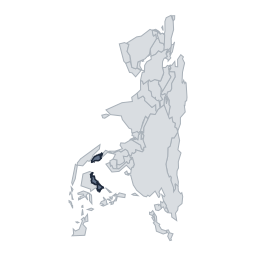 where Malaysia sits in Asia, rotated 90°
{"feature_id": "MYS", "entity_name": "Malaysia", "entity_type": "country or territory", "adm_level": 0, "iso_a3": "MYS", "parent_name": "Asia", "parent_adm1": "", "projection": "albers", "projection_center": [110.864, 4.107], "detail": "fine", "context": "in_parent", "style": "filled", "palette": "slate", "viewbox_px": 256, "rotation_deg": 90, "n_neighbors": 45, "source": "natural_earth", "source_scale": "50m", "svg_char_len": 16583}
<svg xmlns="http://www.w3.org/2000/svg" viewBox="0 0 256 256"><g transform="rotate(90 128 128)"><path d="M131.3,78.3L128.3,79.3L127.1,81.3L123.3,80.7L121.9,83.2L117.2,84.0L118.8,86.6L117.6,87.8L106.3,85.9L104.8,87.1L100.5,86.6L95.5,89.5L92.0,88.5L91.0,85.6L88.8,84.4L83.3,84.4L76.9,80.9L72.0,81.4L71.7,87.0L68.3,85.2L65.2,85.8L65.4,84.3L61.4,81.2L66.6,80.7L66.8,78.3L59.4,78.4L54.7,75.2L56.9,72.6L58.8,73.5L63.0,71.4L72.2,73.5L82.7,74.0L83.2,73.4L80.2,72.3L83.5,71.2L82.2,70.3L83.1,69.9L97.4,69.0L100.8,69.4L101.3,70.7L105.6,71.1L105.4,71.7L112.0,70.8L117.6,75.6L123.9,75.6L131.3,78.3Z" fill="#d9dde1" stroke="#a8b0b8" stroke-width="1"/><path d="M71.7,87.0L72.0,81.4L76.9,80.9L83.3,84.4L88.8,84.4L91.0,85.6L92.0,88.5L94.8,89.4L100.1,87.2L99.0,88.3L103.9,89.6L101.4,90.6L99.2,90.4L99.4,89.2L96.9,89.4L95.3,91.2L93.7,91.1L94.9,93.5L93.7,95.0L76.9,85.1L73.8,87.1L71.7,87.0Z" fill="#d9dde1" stroke="#a8b0b8" stroke-width="1"/><path d="M235.3,171.2L235.8,183.9L234.0,182.4L228.9,182.8L231.0,180.6L229.3,176.9L220.7,173.5L219.4,174.7L217.4,172.2L220.7,170.9L217.8,171.0L214.3,168.5L221.2,168.1L222.2,171.9L224.3,173.1L228.1,169.7L235.3,171.2ZM203.6,184.3L202.6,186.8L200.6,187.0L201.6,185.1L203.6,184.3ZM222.0,180.0L221.8,178.6L222.5,177.2L223.0,178.7L222.0,180.0ZM189.2,158.9L188.0,160.7L191.4,165.3L189.1,165.6L185.8,175.0L174.0,173.0L171.5,166.3L172.9,163.2L174.6,165.6L181.1,164.8L182.7,164.3L185.2,158.6L189.2,158.9ZM209.2,173.5L214.4,172.8L215.1,174.3L209.2,173.5ZM207.2,174.3L205.8,174.0L205.4,173.2L207.4,173.0L207.2,174.3ZM209.1,162.5L210.6,164.5L209.5,168.6L208.1,164.8L209.1,162.5ZM195.2,164.5L203.8,164.1L200.7,166.5L193.8,166.6L193.5,168.1L195.3,169.8L200.1,168.2L196.5,170.8L199.9,177.5L198.0,177.4L199.0,175.8L196.5,176.0L195.4,172.2L194.1,172.8L194.4,177.9L193.2,178.2L191.0,172.6L193.1,166.8L195.2,164.5ZM195.2,186.5L191.6,185.8L193.4,185.4L195.2,186.5ZM193.5,184.3L197.6,183.6L199.4,182.9L199.2,183.9L193.5,184.3ZM189.4,183.0L191.9,184.1L187.1,184.8L189.4,183.0ZM165.7,178.7L178.8,180.8L185.0,183.5L182.7,184.3L164.3,180.6L165.7,178.7ZM160.6,168.5L165.8,173.2L165.2,178.6L163.0,178.7L158.8,175.4L144.6,156.0L148.9,156.6L155.1,162.9L158.7,164.3L161.4,166.9L160.6,168.5Z" fill="#d9dde1" stroke="#a8b0b8" stroke-width="1"/><path d="M203.9,185.3L205.5,183.4L208.3,183.3L203.9,185.3Z" fill="#d9dde1" stroke="#a8b0b8" stroke-width="1"/><path d="M32.6,97.1L30.7,99.4L30.2,103.5L29.3,100.3L31.2,97.3L32.6,97.1Z" fill="#d9dde1" stroke="#a8b0b8" stroke-width="1"/><path d="M34.2,95.6L31.2,97.3L34.0,94.9L34.2,95.6Z" fill="#d9dde1" stroke="#a8b0b8" stroke-width="1"/><path d="M31.9,98.5L30.6,100.2L31.2,98.2L31.9,98.5Z" fill="#d9dde1" stroke="#a8b0b8" stroke-width="1"/><path d="M31.9,98.5L38.2,97.4L38.8,99.6L34.5,100.3L36.3,102.3L32.4,104.2L30.2,103.5L31.9,98.5Z" fill="#d9dde1" stroke="#a8b0b8" stroke-width="1"/><path d="M61.3,115.7L65.9,116.3L70.5,113.7L67.6,119.5L61.9,118.1L61.3,115.7Z" fill="#d9dde1" stroke="#a8b0b8" stroke-width="1"/><path d="M59.9,114.7L59.8,113.3L61.0,112.3L61.5,113.9L59.9,114.7Z" fill="#d9dde1" stroke="#a8b0b8" stroke-width="1"/><path d="M53.9,104.6L55.8,107.4L52.4,106.2L53.9,104.6Z" fill="#d9dde1" stroke="#a8b0b8" stroke-width="1"/><path d="M38.8,99.6L38.2,97.4L42.6,96.0L43.4,92.8L46.4,91.4L50.1,92.0L52.4,94.7L50.9,97.5L54.3,100.4L56.3,105.0L48.8,105.7L38.8,99.6Z" fill="#d9dde1" stroke="#a8b0b8" stroke-width="1"/><path d="M68.0,119.1L70.6,115.1L76.8,120.4L72.8,124.1L72.4,126.5L63.2,130.3L61.4,125.7L67.3,124.2L68.8,120.5L68.0,119.1ZM71.0,112.6L70.1,113.0L70.7,112.4L71.0,112.6Z" fill="#d9dde1" stroke="#a8b0b8" stroke-width="1"/><path d="M159.1,143.0L160.0,139.0L165.9,139.7L166.8,138.4L169.0,140.4L168.7,142.8L165.4,144.3L166.3,145.5L160.9,146.1L159.1,143.0Z" fill="#d9dde1" stroke="#a8b0b8" stroke-width="1"/><path d="M164.3,139.0L160.0,139.0L159.1,143.0L154.3,140.5L152.5,148.7L158.1,154.8L156.2,155.8L150.3,150.4L153.3,143.5L150.6,137.1L152.0,135.1L149.2,130.7L150.9,128.3L154.5,127.0L156.7,128.9L156.3,132.6L160.4,131.1L163.4,132.8L165.0,136.4L164.3,139.0Z" fill="#d9dde1" stroke="#a8b0b8" stroke-width="1"/><path d="M168.5,139.1L164.3,139.0L165.0,136.4L161.9,131.3L156.3,132.6L156.7,128.9L154.5,127.0L157.8,125.6L157.5,123.5L160.5,126.4L162.9,126.5L163.6,128.1L161.8,129.3L168.4,135.8L168.5,139.1Z" fill="#d9dde1" stroke="#a8b0b8" stroke-width="1"/><path d="M154.5,127.0L150.9,128.3L149.2,130.7L152.0,135.1L150.6,137.1L153.3,143.5L151.2,147.3L151.2,141.1L148.7,133.6L145.2,135.9L142.9,135.2L143.2,131.0L139.5,124.7L145.1,115.4L149.0,114.5L149.4,112.4L151.9,113.8L149.8,120.4L151.8,120.1L153.5,122.2L152.9,123.8L156.5,124.3L154.5,127.0Z" fill="#d9dde1" stroke="#a8b0b8" stroke-width="1"/><path d="M162.5,146.4L166.3,145.5L165.4,144.3L168.7,142.8L168.9,137.2L161.8,129.3L163.6,128.1L162.9,126.5L160.5,126.4L158.5,123.2L164.6,121.6L169.9,125.0L165.2,129.7L171.4,137.0L172.0,144.1L164.1,150.1L162.5,146.4Z" fill="#d9dde1" stroke="#a8b0b8" stroke-width="1"/><path d="M212.6,88.4L210.9,90.8L206.8,92.7L208.1,94.9L201.5,95.4L202.8,93.3L200.6,92.5L202.2,91.5L205.5,89.5L208.0,90.0L207.7,89.1L211.4,87.5L212.6,88.4Z" fill="#d9dde1" stroke="#a8b0b8" stroke-width="1"/><path d="M204.3,96.0L208.4,94.5L210.6,97.4L210.0,100.3L205.0,101.6L204.2,97.7L205.6,97.4L204.3,96.0Z" fill="#d9dde1" stroke="#a8b0b8" stroke-width="1"/><path d="M132.0,78.2L140.4,76.4L149.8,78.1L152.9,75.0L161.8,77.7L167.9,77.5L170.8,78.9L174.9,79.1L181.9,77.6L186.2,78.0L184.5,81.0L188.8,80.5L192.0,81.9L180.2,85.2L177.2,84.8L176.2,85.8L177.1,86.8L174.5,88.1L164.2,90.1L156.4,88.3L147.9,88.1L146.0,85.8L137.8,84.1L137.9,81.8L132.0,78.2Z" fill="#d9dde1" stroke="#a8b0b8" stroke-width="1"/><path d="M149.4,112.4L149.0,114.5L145.1,115.4L140.2,123.7L139.2,120.7L138.4,121.9L137.3,120.9L139.7,118.2L135.0,117.5L132.5,115.3L131.8,116.5L133.1,117.5L131.5,118.9L132.6,119.4L132.9,124.2L129.2,124.4L128.2,126.9L119.6,133.6L115.9,134.7L114.6,145.5L109.9,150.0L102.7,134.0L101.5,123.6L97.3,124.3L93.1,118.8L98.7,117.8L96.0,113.0L98.2,111.2L100.4,111.4L107.4,104.0L104.7,100.3L110.7,100.0L112.6,98.7L114.5,100.8L114.0,105.6L118.4,108.1L116.4,110.5L122.5,113.3L131.5,115.3L132.9,112.3L133.0,114.1L134.8,114.9L139.2,114.8L138.6,113.1L147.1,110.2L147.3,112.1L149.4,112.4Z" fill="#d9dde1" stroke="#a8b0b8" stroke-width="1"/><path d="M139.2,120.7L139.5,126.3L137.8,122.3L136.0,122.1L135.6,124.0L133.2,123.5L131.5,118.9L133.1,117.5L131.8,116.5L132.5,115.3L135.0,117.5L139.7,118.2L137.3,120.9L138.4,121.9L139.2,120.7Z" fill="#d9dde1" stroke="#a8b0b8" stroke-width="1"/><path d="M138.6,113.1L139.2,114.8L133.0,114.1L135.4,112.0L138.6,113.1Z" fill="#d9dde1" stroke="#a8b0b8" stroke-width="1"/><path d="M131.7,112.7L131.5,115.3L129.9,115.3L116.4,110.5L119.2,107.7L127.3,112.0L131.7,112.7Z" fill="#d9dde1" stroke="#a8b0b8" stroke-width="1"/><path d="M112.6,98.7L110.7,100.0L104.7,100.3L107.4,104.0L100.4,111.4L98.2,111.2L96.0,113.0L98.7,117.8L93.1,118.8L89.8,115.4L80.4,115.5L81.3,113.4L84.1,112.6L79.8,106.8L82.9,107.9L90.2,107.3L91.5,104.9L96.1,104.1L101.3,96.5L107.6,95.8L109.5,97.9L112.6,98.7Z" fill="#d9dde1" stroke="#a8b0b8" stroke-width="1"/><path d="M87.9,94.8L96.3,95.2L99.5,93.2L101.3,96.1L104.0,95.0L107.6,95.8L100.1,97.2L100.7,98.7L99.2,100.6L97.4,100.5L98.1,101.7L96.1,104.1L91.5,104.9L90.2,107.3L82.9,107.9L79.8,106.8L81.6,105.3L79.5,101.3L81.0,96.8L84.4,97.4L87.9,94.8Z" fill="#d9dde1" stroke="#a8b0b8" stroke-width="1"/><path d="M93.7,95.0L94.9,93.5L93.7,91.1L99.4,89.2L100.0,90.4L97.0,91.4L105.0,91.9L107.3,95.3L101.3,96.1L99.5,93.2L96.3,95.2L93.7,95.0Z" fill="#d9dde1" stroke="#a8b0b8" stroke-width="1"/><path d="M100.1,87.2L104.8,87.1L106.3,85.9L117.6,87.8L105.0,91.9L97.0,91.4L97.2,90.4L103.9,89.6L99.0,88.3L100.1,87.2Z" fill="#d9dde1" stroke="#a8b0b8" stroke-width="1"/><path d="M65.2,85.8L68.3,85.2L70.7,87.0L73.8,87.1L76.9,85.1L91.4,93.6L91.3,94.6L89.8,94.0L82.9,97.6L81.0,96.8L81.0,95.4L73.9,92.4L67.4,93.3L67.5,90.5L65.4,88.6L65.9,87.3L69.4,87.4L67.6,85.5L65.8,86.9L65.2,85.8Z" fill="#d9dde1" stroke="#a8b0b8" stroke-width="1"/><path d="M56.3,105.0L54.3,100.4L50.9,97.5L52.4,94.7L49.2,90.6L49.1,88.3L52.9,89.7L56.6,88.6L58.5,92.0L61.5,93.4L67.2,93.7L72.6,92.2L81.0,95.4L79.5,101.3L81.6,105.3L79.8,106.8L84.1,112.6L81.3,113.4L80.4,115.5L72.6,113.8L72.0,111.5L65.3,111.3L61.7,109.1L59.3,104.8L56.3,105.0Z" fill="#d9dde1" stroke="#a8b0b8" stroke-width="1"/><path d="M32.3,98.0L34.2,95.6L33.1,93.5L34.9,91.3L45.5,91.5L43.4,92.8L42.6,96.0L34.3,98.9L32.3,98.0Z" fill="#d9dde1" stroke="#a8b0b8" stroke-width="1"/><path d="M53.6,89.7L48.4,86.9L48.4,85.6L52.1,86.3L53.6,89.7Z" fill="#d9dde1" stroke="#a8b0b8" stroke-width="1"/><path d="M50.1,92.0L34.9,91.3L33.6,92.8L33.7,91.5L31.0,91.0L21.5,91.1L17.7,89.8L15.4,85.0L21.4,82.8L29.6,82.4L38.5,84.9L46.6,84.6L50.5,87.9L49.1,88.3L50.1,92.0ZM15.7,81.3L19.2,81.4L21.0,82.7L15.8,84.0L15.7,81.3Z" fill="#d9dde1" stroke="#a8b0b8" stroke-width="1"/><path d="M118.2,151.2L117.8,153.3L115.2,154.2L114.1,149.7L115.1,146.6L118.2,151.2Z" fill="#d9dde1" stroke="#a8b0b8" stroke-width="1"/><path d="M172.6,131.4L171.0,129.2L175.2,127.8L174.3,130.5L172.6,131.4ZM105.0,91.9L118.8,86.6L117.2,84.0L121.9,83.2L123.3,80.7L127.1,81.3L128.3,79.3L132.0,78.2L137.9,81.8L137.8,84.1L146.0,85.8L147.9,88.1L156.4,88.3L164.2,90.1L172.2,88.7L177.1,86.8L176.2,85.8L177.2,84.8L180.2,85.2L187.6,82.5L191.8,82.4L188.8,80.5L184.0,80.4L186.2,78.0L191.1,77.6L193.8,75.2L192.7,74.2L196.6,73.3L203.5,74.0L206.8,77.9L210.0,78.3L213.1,80.5L220.6,79.3L217.1,84.2L213.2,84.5L212.6,88.4L211.4,87.5L207.7,89.1L208.0,90.0L205.5,89.5L200.6,92.5L194.6,94.3L196.7,91.8L195.7,91.0L187.9,94.6L192.1,97.1L194.2,95.9L197.1,96.6L197.4,97.4L191.1,100.9L196.4,106.4L195.2,108.2L196.8,109.6L196.0,112.5L190.3,119.3L185.0,122.7L175.2,125.3L174.5,127.3L173.4,127.4L173.4,125.3L167.9,124.5L167.3,122.6L164.6,121.6L157.5,123.5L157.8,125.6L152.9,123.8L153.5,122.2L151.8,120.1L149.8,120.4L151.9,113.8L150.5,112.3L147.3,112.1L147.1,110.2L140.1,112.9L135.4,112.0L133.0,113.8L132.9,112.3L127.3,112.0L114.0,105.6L114.5,100.8L109.5,97.9L105.0,91.9Z" fill="#d9dde1" stroke="#a8b0b8" stroke-width="1"/><path d="M195.7,117.9L195.2,122.5L194.4,124.1L193.1,121.1L195.7,117.9Z" fill="#d9dde1" stroke="#a8b0b8" stroke-width="1"/><path d="M53.8,84.8L56.3,86.1L57.9,85.2L61.1,87.9L59.5,87.9L58.0,90.8L56.6,88.6L53.6,89.7L52.0,87.8L51.0,85.5L53.9,86.1L53.8,84.8ZM52.9,89.7L51.6,89.4L50.5,87.9L52.2,88.5L52.9,89.7Z" fill="#d9dde1" stroke="#a8b0b8" stroke-width="1"/><path d="M41.9,81.4L52.1,83.7L54.1,85.9L44.6,84.5L44.6,82.8L41.9,81.4Z" fill="#d9dde1" stroke="#a8b0b8" stroke-width="1"/><path d="M195.6,142.9L193.8,140.5L196.1,141.2L195.6,142.9ZM199.1,149.1L199.0,145.5L199.7,146.7L201.2,144.7L199.1,149.1ZM203.8,147.6L206.1,152.6L205.5,154.5L204.7,152.5L203.8,153.5L203.9,155.9L201.6,154.7L200.3,151.5L197.0,152.8L200.1,149.8L204.0,149.1L203.8,147.6ZM192.6,146.2L187.7,150.6L192.2,144.6L192.6,146.2ZM197.6,131.2L196.5,138.7L200.8,139.7L201.1,142.2L198.8,140.2L194.3,139.7L195.0,138.4L192.9,136.7L194.4,130.7L197.6,131.2ZM197.1,146.4L196.8,143.5L199.3,144.1L197.1,146.4ZM203.9,142.9L204.5,145.0L203.0,144.6L202.6,146.9L201.5,142.1L203.9,142.9Z" fill="#d9dde1" stroke="#a8b0b8" stroke-width="1"/><path d="M184.3,156.4L184.2,158.6L182.8,159.2L181.9,158.2L184.3,156.4Z" fill="#d9dde1" stroke="#a8b0b8" stroke-width="1"/><path d="M234.0,92.8L231.2,99.6L225.4,100.7L222.8,102.7L221.4,100.8L213.6,102.2L215.6,103.4L214.4,106.4L212.2,106.5L212.6,105.0L210.6,103.3L216.6,99.5L222.4,99.2L224.3,96.2L225.6,96.9L229.4,94.5L230.9,89.7L232.9,89.4L234.0,92.8ZM238.8,85.2L240.1,84.5L240.6,86.1L236.3,88.3L233.3,87.3L232.3,89.1L230.2,89.2L229.9,87.6L232.8,86.3L233.8,83.0L238.8,85.2ZM216.3,102.9L219.1,101.3L220.8,102.2L217.5,104.2L216.3,102.9Z" fill="#d9dde1" stroke="#a8b0b8" stroke-width="1"/><path d="M61.4,125.7L63.2,130.3L61.2,132.2L43.9,136.7L42.6,131.5L44.5,127.1L51.4,128.9L55.7,126.0L61.4,125.7Z" fill="#d9dde1" stroke="#a8b0b8" stroke-width="1"/><path d="M30.3,103.8L35.2,103.1L36.3,102.3L34.5,100.3L38.8,99.6L48.8,105.7L54.1,106.5L58.9,111.0L61.9,118.1L68.0,119.1L68.8,120.5L67.3,124.2L55.7,126.0L51.4,128.9L44.5,127.1L43.1,129.3L36.9,119.3L36.1,114.7L29.4,106.0L30.3,103.8Z" fill="#d9dde1" stroke="#a8b0b8" stroke-width="1"/><path d="M30.6,92.8L27.4,94.3L26.1,93.3L30.6,92.8Z" fill="#d9dde1" stroke="#a8b0b8" stroke-width="1"/><path d="M188.5,158.9L188.3,158.8L188.0,158.6L187.6,158.5L187.1,158.5L186.8,158.5L186.7,158.5L186.3,158.6L186.2,158.6L185.9,158.5L185.7,158.5L185.2,158.5L184.8,158.8L184.7,159.1L184.6,159.3L184.6,159.8L184.5,160.0L184.6,160.3L184.5,160.5L184.4,160.8L184.5,160.9L184.5,161.0L184.4,161.1L184.2,161.2L183.9,161.3L183.7,161.4L183.7,161.5L183.6,161.8L183.7,162.0L183.8,162.1L183.7,162.3L183.4,162.5L183.2,162.7L183.0,162.8L183.1,163.1L183.1,163.4L183.0,163.5L182.9,163.5L182.8,163.8L182.8,164.0L182.6,164.2L182.6,164.3L182.3,164.2L182.1,164.2L181.8,164.3L181.5,164.3L181.3,164.3L181.2,164.4L181.0,164.6L180.9,164.7L180.6,164.6L180.4,164.6L180.2,164.5L179.7,164.3L179.5,164.2L179.4,164.1L178.5,164.1L178.2,164.2L177.9,164.3L177.9,164.5L177.7,164.9L177.4,165.0L177.2,165.2L176.9,165.2L176.7,165.2L176.1,165.1L175.8,165.1L175.4,165.2L174.8,165.4L174.6,165.5L174.5,165.4L174.4,165.3L174.2,165.2L173.8,164.8L173.7,164.7L173.4,164.4L173.2,164.3L173.1,164.2L172.9,164.0L172.9,163.7L172.7,163.6L172.7,163.4L172.9,163.2L173.0,163.4L173.0,163.5L173.3,163.7L173.6,163.8L173.8,163.8L174.1,163.8L174.3,163.8L174.9,164.1L175.1,164.2L175.4,164.1L175.5,164.2L175.8,164.4L176.0,164.4L175.7,164.2L175.7,163.9L175.8,163.8L175.9,163.7L175.9,163.4L176.0,163.2L176.1,162.9L176.0,162.6L176.1,162.4L176.3,162.5L176.5,162.5L176.5,162.4L176.4,162.2L176.6,161.7L176.8,161.6L177.0,161.5L177.8,161.4L179.0,161.1L179.4,161.0L179.5,160.9L179.8,160.5L180.2,160.1L180.4,159.8L180.9,159.2L181.3,158.8L181.4,158.7L181.5,158.4L181.5,158.2L181.8,158.2L181.9,158.3L182.0,158.4L182.1,158.5L182.3,158.7L182.4,158.8L182.5,159.0L182.8,159.2L183.0,158.9L183.1,158.7L183.0,158.3L183.0,157.9L183.0,157.7L183.4,157.5L183.5,157.4L183.5,157.9L183.6,158.1L183.7,158.5L183.8,158.5L184.0,158.5L184.0,158.3L184.0,158.0L183.9,157.7L183.7,157.4L184.2,157.4L184.3,157.3L184.5,157.1L184.6,156.9L184.4,156.7L184.3,156.4L184.5,156.1L184.8,156.2L185.0,156.2L185.3,155.8L185.5,155.5L185.6,155.2L186.4,154.2L186.5,154.1L186.9,153.3L187.0,153.4L187.1,153.6L187.0,153.9L187.0,154.0L187.2,153.9L187.4,153.7L187.5,153.4L187.8,153.4L187.9,153.6L188.0,153.9L188.1,154.0L188.4,154.1L188.6,154.2L188.6,154.3L188.7,154.5L188.8,154.7L188.6,154.8L188.7,155.1L188.6,155.3L188.4,155.5L189.0,155.3L189.4,155.1L189.5,155.3L189.6,155.5L189.2,155.6L189.3,155.8L189.6,155.7L189.8,155.6L190.1,155.6L190.3,155.7L190.4,155.8L190.5,155.8L190.5,156.0L190.8,156.1L191.3,156.3L191.7,156.3L191.8,156.4L191.8,156.5L191.8,156.8L191.6,157.0L191.2,157.1L190.7,157.3L190.1,157.2L189.9,157.2L189.7,157.5L190.0,157.9L190.5,158.2L190.6,158.3L190.4,158.5L190.1,158.5L189.8,158.6L189.6,158.6L189.4,158.7L189.2,158.7L188.9,158.5L188.7,158.6L188.6,158.8L188.5,158.9ZM154.2,154.3L154.2,154.2L154.2,153.9L154.3,153.8L154.6,154.1L155.0,154.2L155.2,154.3L155.3,154.2L155.4,154.3L155.5,154.3L155.5,154.5L155.9,154.7L156.0,154.7L156.0,154.8L156.1,155.1L156.0,155.3L155.9,155.5L156.0,155.8L156.3,155.7L156.7,155.5L157.0,155.4L157.2,155.6L157.3,155.6L157.6,155.5L157.7,155.4L157.7,155.2L158.0,155.0L158.0,154.8L158.1,154.7L158.4,154.8L158.5,154.9L158.9,155.5L159.4,155.9L159.6,156.1L159.8,156.2L160.0,156.4L160.2,156.7L160.6,157.5L160.7,157.9L160.7,158.4L160.6,159.2L160.5,159.6L160.5,159.8L160.7,160.1L160.6,160.4L160.6,160.6L160.6,161.3L160.7,161.5L160.8,161.6L161.4,162.0L161.7,162.6L162.1,163.7L162.3,164.2L162.3,164.3L162.2,164.4L161.9,164.3L161.9,164.2L161.7,164.0L161.7,163.9L161.7,164.0L161.5,164.3L161.3,164.2L161.1,164.2L160.8,164.5L160.7,164.5L160.6,164.3L160.5,164.1L160.4,164.0L159.5,163.5L159.2,163.4L158.8,163.0L158.1,162.6L157.6,162.2L157.3,162.0L156.8,161.8L156.6,161.5L156.5,161.4L156.4,161.3L156.5,161.1L156.5,160.8L156.4,160.6L156.0,160.2L155.9,159.9L155.5,159.6L155.4,159.4L155.3,159.2L155.4,158.9L155.2,158.7L155.1,158.4L155.1,157.8L154.8,157.0L154.6,156.0L154.6,155.6L154.6,155.2L154.4,154.8L154.2,154.5L154.2,154.3ZM187.6,152.9L187.5,153.0L187.5,152.9L187.5,152.7L187.9,152.6L187.9,152.8L187.6,152.9ZM153.6,154.2L153.8,154.4L153.7,154.5L153.4,154.6L153.2,154.4L153.4,154.3L153.6,154.3L153.6,154.2ZM176.3,162.4L176.2,162.3L176.2,161.7L176.3,161.7L176.3,161.8L176.3,162.1L176.3,162.3L176.3,162.4ZM154.5,156.5L154.4,156.6L154.3,156.2L154.5,156.3L154.5,156.5ZM189.2,158.8L188.9,158.9L188.7,158.9L188.7,158.7L188.8,158.7L189.2,158.8ZM162.2,161.7L162.1,161.4L162.2,161.6L162.2,161.7ZM156.4,161.1L156.5,161.0L156.4,161.1Z" fill="#64748b" stroke="#1e293b" stroke-width="1.5"/></g></svg>